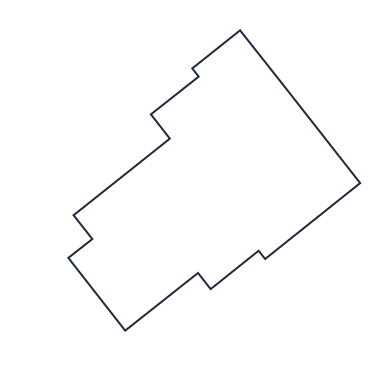 outline of Allen, Ohio, United States of America, rotated 322°
{"feature_id": "52423323B40875098856035", "entity_name": "Allen", "entity_type": "district", "adm_level": 2, "iso_a3": "USA", "parent_name": "United States of America", "parent_adm1": "Ohio", "projection": "orthographic", "projection_center": [-84.117, 40.782], "detail": "fine", "context": "isolated", "style": "outline", "palette": "slate", "viewbox_px": 384, "rotation_deg": 322, "n_neighbors": 0, "source": "geoboundaries", "source_scale": "gbopen_adm2", "svg_char_len": 351}
<svg xmlns="http://www.w3.org/2000/svg" viewBox="0 0 384 384"><g transform="rotate(322 192 192)"><path d="M329.4,94.2L268.3,94.8L268.3,105.2L207.4,105.5L207.4,136.3L84.4,137.4L84.5,167.7L54.0,167.8L54.0,260.1L146.9,259.5L146.9,280.0L208.3,279.3L208.4,289.8L330.0,288.5L329.8,165.0L329.4,94.2Z" fill="none" stroke="#1e293b" stroke-width="2"/></g></svg>